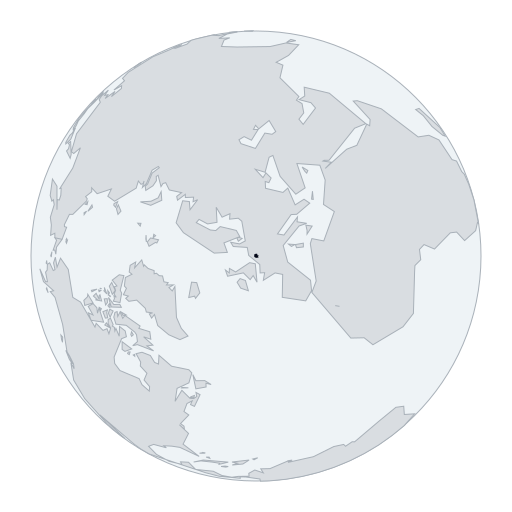 Antwerp highlighted on a globe, orthographic projection, rotated 273°
{"feature_id": "BEL-3480", "entity_name": "Antwerp", "entity_type": "Province", "adm_level": 1, "iso_a3": "BEL", "parent_name": "Belgium", "parent_adm1": "", "projection": "orthographic", "projection_center": [4.639, 51.244], "detail": "fine", "context": "on_globe", "style": "filled", "palette": "ink", "viewbox_px": 512, "rotation_deg": 273, "n_neighbors": 0, "source": "natural_earth", "source_scale": "10m", "svg_char_len": 11083}
<svg xmlns="http://www.w3.org/2000/svg" viewBox="0 0 512 512"><g transform="rotate(273 256 256)"><circle cx="256" cy="256" r="225" fill="#eef3f6" stroke="#a8b0b8"/><path d="M32.1,281.2L32.0,279.6L31.4,272.2L33.5,271.6L34.8,257.3L34.6,251.6L33.2,251.9L34.1,230.8L36.9,217.2L52.7,159.8L57.2,151.1L61.7,144.2L89.2,108.4L66.9,134.6L73.4,125.0L82.8,113.4L82.6,114.2L95.7,101.2L104.6,92.4L122.6,80.4L139.8,76.7L133.9,80.3L138.7,79.4L146.5,75.0L150.4,72.3L177.5,66.5L204.1,57.5L209.7,52.4L210.7,55.7L219.3,45.1L231.9,40.8L219.4,47.2L219.4,49.1L228.9,46.7L231.0,48.2L236.7,48.1L238.4,50.3L230.9,54.3L231.8,56.0L238.5,54.2L244.3,55.7L234.4,57.9L243.6,60.9L232.8,69.2L205.1,75.2L200.8,83.2L176.6,98.9L180.4,99.9L173.7,107.1L175.6,111.0L170.6,113.2L176.5,114.6L180.7,111.9L184.7,111.7L186.3,113.9L180.1,116.9L178.4,116.3L177.4,118.3L173.7,119.0L176.4,119.9L168.7,123.6L178.5,123.4L174.3,129.3L168.6,130.8L166.4,126.1L147.7,119.6L141.3,120.5L134.5,126.1L127.4,145.7L121.5,148.9L115.5,156.5L120.0,156.6L126.3,150.7L133.2,153.2L140.1,146.2L144.0,146.4L152.2,141.4L153.9,147.2L151.1,155.7L144.4,160.3L143.0,164.3L151.8,164.3L141.5,177.5L138.9,194.9L135.9,198.0L125.8,195.6L119.7,184.1L106.6,182.8L118.0,189.0L110.4,197.5L110.4,201.3L112.6,204.2L116.6,203.2L114.6,207.4L102.6,202.4L104.2,198.4L108.0,199.9L105.1,194.8L96.9,192.2L93.7,197.2L84.7,189.4L82.3,193.0L79.0,193.6L83.5,188.3L75.3,197.9L64.3,193.0L52.9,209.7L60.9,190.0L61.7,181.9L61.7,173.9L59.8,176.5L62.5,163.6L60.3,158.7L52.7,167.0L46.4,180.1L44.0,192.9L46.5,191.4L46.5,199.4L39.7,206.9L38.8,224.6L35.0,233.5L33.8,243.5L35.0,249.9L35.7,260.6L38.6,260.2L42.2,266.0L39.8,274.7L43.7,271.9L44.4,281.1L53.0,298.6L51.7,299.2L58.6,323.9L69.8,343.7L72.4,353.4L70.7,355.4L75.5,361.7L75.6,364.2L98.0,388.0L112.2,403.6L113.7,411.4L105.5,412.4L106.7,422.7L94.3,412.8L95.0,413.6L83.9,401.3L73.6,388.3L64.4,374.5L56.2,360.1L49.1,345.1L43.1,329.6L38.3,313.8L34.6,297.6L32.1,281.2ZM49.5,214.0L48.7,239.1L46.0,230.0L47.1,230.5L47.9,223.0L48.5,211.8L47.0,204.5L49.5,214.0ZM56.3,213.5L56.1,209.9L56.7,212.8L56.3,213.5ZM151.8,71.0L146.4,74.8L138.6,78.5L142.9,75.1L151.8,71.0ZM166.9,65.3L164.9,67.2L159.7,67.3L162.5,66.2L166.9,65.3ZM213.2,48.7L208.4,50.4L212.3,48.3L213.2,48.7ZM237.2,47.7L237.9,46.8L240.6,47.2L237.2,47.7ZM150.7,138.6L151.4,140.0L149.5,140.2L150.7,138.6ZM153.6,135.3L150.9,134.6L151.8,132.9L153.5,133.4L153.6,135.3ZM245.6,51.0L249.7,52.0L244.2,51.6L245.6,51.0ZM156.7,136.7L153.9,130.1L155.7,127.2L163.4,126.8L156.7,136.7ZM251.2,53.1L261.3,56.0L263.7,54.2L262.5,61.5L254.4,56.3L247.3,56.0L251.4,54.8L251.2,53.1ZM181.4,110.1L177.0,113.1L179.2,108.6L181.4,110.1ZM181.9,107.3L183.2,94.6L190.5,91.6L188.6,96.3L196.9,91.1L199.9,95.8L196.0,99.8L190.6,100.7L195.8,101.9L181.9,107.3ZM260.3,65.3L261.6,66.8L258.8,66.1L260.3,65.3ZM186.5,111.2L186.1,108.8L192.4,106.0L194.4,110.4L191.7,109.9L186.5,111.2ZM197.7,87.6L202.7,86.4L206.5,89.9L209.0,90.0L200.6,95.7L197.7,87.6ZM191.1,111.6L195.2,112.7L193.6,116.2L187.3,113.5L191.1,111.6ZM193.3,103.5L196.4,102.4L195.3,104.4L193.3,103.5ZM190.3,129.5L189.7,126.3L192.9,124.5L190.3,129.5ZM196.9,112.9L197.4,111.7L198.6,110.7L200.9,112.2L196.9,112.9ZM203.8,97.9L204.3,99.6L207.5,95.7L210.4,98.3L204.3,101.8L208.1,101.4L209.1,102.2L203.0,104.2L203.8,97.9ZM206.9,110.8L200.1,116.5L200.6,122.5L197.7,124.2L197.5,114.2L206.9,110.8ZM205.2,106.7L205.6,109.6L201.8,110.1L199.2,108.4L205.2,106.7ZM214.6,99.0L211.7,94.0L213.1,93.4L214.6,99.0ZM207.8,112.4L209.4,111.0L208.3,112.8L207.8,112.4ZM213.4,102.9L212.1,101.2L213.8,100.6L213.4,102.9ZM213.7,109.8L211.5,111.6L209.6,110.5L213.7,109.8ZM214.1,106.6L216.7,106.2L210.3,109.0L213.3,105.9L214.1,106.6ZM215.1,102.6L215.7,101.7L215.4,103.5L215.1,102.6ZM222.0,113.3L214.3,117.2L210.2,114.5L218.2,111.1L222.0,113.3ZM479.2,225.8L478.8,223.6L478.7,225.6L476.2,215.6L471.3,207.5L472.5,218.4L470.0,212.8L463.4,210.5L463.7,226.1L465.9,259.1L470.3,274.7L469.2,287.6L458.0,278.0L450.5,266.0L448.0,272.9L435.2,270.6L417.5,290.5L413.7,288.2L410.6,294.0L401.4,296.2L394.9,291.7L389.9,296.2L406.9,307.7L412.0,302.8L414.4,290.8L418.3,296.3L427.1,295.3L422.4,320.7L393.9,358.7L388.8,347.8L355.4,323.9L355.1,319.0L354.9,318.6L354.3,317.8L353.6,326.3L347.1,320.6L367.4,341.0L371.8,350.9L393.5,359.7L392.0,362.7L398.3,362.8L415.8,345.0L416.4,349.0L409.5,373.5L383.4,411.7L385.6,422.3L381.5,432.6L362.5,446.7L361.3,451.3L351.1,457.0L348.6,459.7L338.8,464.7L323.4,470.7L300.3,476.4L301.0,475.4L292.8,474.0L282.3,463.5L290.4,455.1L289.3,448.8L272.3,433.9L276.2,423.2L271.1,418.9L260.9,420.7L254.8,415.2L248.4,415.2L206.9,416.2L193.0,406.5L173.5,377.4L180.0,368.3L179.0,355.0L222.5,313.7L234.2,317.4L271.2,309.6L276.3,310.9L274.6,322.9L304.5,331.9L311.0,320.7L335.5,321.1L350.0,315.0L350.5,292.0L326.6,301.5L319.8,292.5L336.8,275.9L357.3,267.6L355.3,263.9L340.1,260.7L342.6,250.7L334.6,258.9L339.5,261.6L334.7,267.0L329.9,265.0L330.9,261.3L324.1,262.0L320.9,279.6L325.5,284.2L309.1,292.4L315.2,301.0L311.6,306.9L299.8,294.5L299.2,288.9L279.2,276.3L278.4,282.8L297.2,295.4L292.3,295.2L291.3,304.9L288.2,297.4L267.9,282.6L251.6,288.0L234.7,311.7L224.3,313.3L213.8,308.0L216.1,284.4L239.0,283.6L240.1,275.9L232.1,264.6L239.8,265.5L239.3,261.0L247.7,260.2L256.2,248.7L264.1,246.8L264.3,232.8L268.4,230.0L267.2,239.0L270.5,244.5L290.0,240.0L292.8,236.3L291.4,227.7L296.9,227.8L293.0,220.1L302.6,213.7L287.6,215.3L285.5,206.0L289.6,197.2L286.2,194.6L279.6,208.9L279.3,214.5L283.5,218.7L280.5,235.0L274.5,238.8L267.4,223.3L258.1,227.2L256.7,214.1L275.5,182.3L285.0,174.5L307.3,179.9L306.9,186.6L298.7,187.7L309.2,194.8L306.9,190.3L311.5,190.6L310.7,182.4L313.9,182.2L307.6,174.7L311.4,173.7L315.4,178.4L317.4,166.0L324.5,162.0L323.5,159.3L320.3,157.5L331.5,154.0L330.2,152.2L326.0,152.6L320.7,149.4L315.7,142.5L319.9,141.7L322.2,144.0L333.4,148.0L339.1,154.8L340.3,153.8L336.3,147.8L322.7,142.8L318.5,139.0L325.1,140.3L322.4,139.5L321.6,137.4L324.7,134.6L317.5,132.8L303.3,111.9L307.9,104.9L315.4,108.1L309.9,94.1L315.5,88.3L311.6,88.6L306.4,82.7L304.5,84.4L302.3,84.1L288.0,70.9L287.8,67.5L277.3,63.0L275.3,63.2L274.8,65.4L262.5,61.5L263.7,54.2L268.2,53.9L265.9,49.8L276.3,50.0L283.9,48.6L296.7,51.8L301.6,50.7L300.1,49.3L305.7,47.3L322.2,48.7L315.3,53.6L291.8,54.8L302.0,54.6L301.6,56.6L306.4,57.9L313.5,57.9L313.1,56.6L334.2,68.4L354.9,75.0L348.8,68.6L350.5,66.2L368.7,70.4L401.4,92.5L404.1,91.2L408.0,93.6L413.9,99.9L408.4,96.4L409.4,99.7L405.4,97.1L413.0,106.6L407.6,103.3L416.2,112.8L419.0,112.9L414.3,105.4L424.1,115.5L426.4,113.4L432.8,118.9L449.6,142.7L457.5,159.1L459.2,162.1L459.2,164.7L464.0,176.1L468.0,179.9L469.5,184.2L475.0,203.2L474.2,200.4L474.1,207.0L477.6,219.5L478.0,217.5L479.2,225.8ZM210.6,337.7L210.1,341.9L210.1,342.0L210.6,337.7ZM381.3,269.2L392.0,262.0L383.1,252.1L386.5,248.7L382.3,246.8L382.4,251.5L371.4,245.4L374.6,237.9L371.2,232.9L367.4,235.1L363.4,249.8L379.2,258.4L378.4,265.7L381.3,269.2ZM53.3,299.0L54.1,302.8L52.5,300.0L53.3,299.0ZM44.0,232.1L44.6,236.0L44.3,239.3L43.6,236.9L44.0,232.1ZM53.1,263.4L54.6,268.3L52.4,264.7L53.1,263.4ZM49.0,242.8L51.9,259.8L47.6,253.8L46.0,243.2L48.1,248.4L49.0,242.8ZM52.6,216.7L52.7,219.7L51.5,220.5L52.6,216.7ZM56.7,215.7L56.4,214.9L57.1,212.5L56.7,215.7ZM111.2,197.7L112.0,198.3L113.5,201.8L111.3,201.3L111.2,197.7ZM128.9,211.3L125.3,217.9L126.3,212.7L122.6,213.0L120.2,202.9L134.3,199.1L128.3,202.5L128.9,211.3ZM120.9,188.9L120.8,195.4L120.3,188.5L120.9,188.9ZM228.8,238.5L232.6,241.3L231.0,246.7L220.9,250.2L223.1,242.4L228.8,238.5ZM238.5,244.3L234.3,228.7L240.4,226.2L237.7,230.2L242.2,230.1L239.0,236.5L249.0,250.0L248.2,255.7L229.9,258.4L236.3,254.2L232.1,251.4L238.5,244.3ZM212.7,196.8L211.0,191.0L226.5,193.0L226.3,198.2L216.2,201.8L210.5,197.8L212.7,196.8ZM170.9,137.6L169.3,136.0L171.0,135.1L173.8,135.7L170.9,137.6ZM189.8,128.2L180.0,143.9L177.6,142.8L174.8,153.9L167.4,155.3L169.4,148.0L161.6,157.7L160.5,151.7L155.9,158.7L161.3,142.2L160.0,137.6L164.3,142.1L171.1,140.8L173.7,138.9L180.0,130.0L180.6,119.7L187.5,117.2L192.3,118.1L193.2,120.2L188.4,121.1L193.1,123.2L186.8,126.2L189.8,128.2ZM243.7,136.2L237.8,135.4L246.1,142.1L239.9,144.3L241.3,144.9L237.9,148.9L236.1,155.0L232.9,155.2L233.6,157.5L231.3,160.4L231.2,163.7L225.4,165.4L224.8,169.7L222.4,168.1L222.8,175.0L219.9,170.7L216.7,174.2L221.3,176.6L190.5,179.8L179.8,185.2L172.5,192.3L168.5,184.4L172.8,173.0L181.4,161.5L192.3,157.7L188.5,155.0L192.6,152.5L193.8,155.7L194.3,149.4L198.0,148.2L205.7,139.2L204.1,131.4L206.9,128.1L209.3,130.6L210.4,125.6L217.0,128.3L219.1,126.1L227.7,126.7L231.3,133.1L233.4,130.2L240.1,130.8L243.7,136.2ZM224.4,113.7L230.1,120.4L229.5,125.1L214.7,122.2L211.9,123.8L202.4,122.6L203.4,115.9L206.1,116.9L208.8,116.2L207.4,118.6L210.6,116.3L214.3,117.6L217.9,116.2L218.8,118.7L224.4,113.7ZM280.5,305.8L284.1,305.7L289.4,304.2L288.8,310.5L280.5,305.8ZM266.4,296.0L269.5,294.8L271.3,302.6L267.5,302.8L266.4,296.0ZM269.6,287.8L269.5,294.2L267.4,290.9L269.6,287.8ZM269.8,237.6L272.9,236.0L273.8,237.9L272.8,241.2L269.8,237.6ZM267.1,157.8L263.8,156.3L264.3,154.9L260.1,148.7L264.3,146.7L268.5,149.8L267.1,157.8ZM347.3,297.4L344.1,303.3L341.4,302.3L343.1,300.4L347.3,297.4ZM315.7,308.5L323.7,309.0L315.5,310.2L315.7,308.5ZM271.0,154.7L268.8,152.3L272.3,152.8L271.0,154.7ZM267.2,145.1L271.1,145.1L264.3,145.8L267.2,145.1ZM411.9,411.1L393.9,433.0L385.6,438.6L386.3,436.2L394.5,425.0L404.9,415.7L410.6,407.8L411.9,411.1ZM480.8,241.1L480.2,240.5L480.1,234.4L480.0,232.4L480.8,241.1ZM470.9,275.3L474.1,279.4L473.1,284.5L470.9,275.3ZM461.5,165.8L463.3,170.9L462.2,169.2L459.2,161.7L461.5,165.8ZM437.7,124.0L441.8,129.0L443.6,131.5L442.4,130.4L437.7,124.0ZM304.0,137.7L305.2,148.3L308.9,155.2L315.3,157.9L306.7,159.0L301.1,148.2L304.0,137.7ZM303.0,115.0L297.3,113.2L299.3,111.3L300.9,111.5L303.0,115.0ZM299.9,115.8L293.7,118.8L290.3,116.0L295.8,114.2L299.9,115.8ZM282.6,136.2L282.6,139.4L279.8,138.8L282.6,136.2ZM404.6,88.0L402.5,86.8L398.8,83.4L401.3,85.1L404.6,88.0ZM384.9,72.2L397.1,82.1L406.6,90.9L405.9,89.6L412.1,94.7L410.7,94.8L400.7,86.2L394.3,80.2L389.0,76.9L381.6,71.5L376.5,69.5L371.9,66.8L374.5,66.9L384.9,72.2ZM374.5,69.0L362.9,64.9L358.0,60.2L359.5,60.1L366.8,63.8L369.0,66.0L374.5,69.0ZM358.7,62.6L360.6,64.9L347.7,66.1L343.8,65.3L351.0,61.3L353.3,63.2L357.3,63.9L358.7,62.6ZM263.5,66.0L261.8,66.7L262.0,65.3L263.5,66.0ZM301.4,85.2L298.4,84.6L298.7,82.7L301.4,85.2ZM290.2,82.0L291.9,84.5L288.3,82.2L290.2,82.0ZM296.1,90.2L291.8,85.7L298.4,89.5L296.1,90.2Z" fill="#d9dde1" stroke="#a8b0b8" stroke-width="1"/><path d="M256.3,255.0L256.5,255.1L256.4,255.2L256.4,255.3L256.5,255.4L256.8,255.3L256.9,255.2L257.0,255.1L257.1,255.3L257.1,255.5L257.3,255.7L257.4,255.8L257.5,255.9L257.4,256.0L257.5,256.2L257.5,256.4L257.4,256.4L257.3,256.5L257.2,256.5L256.9,256.7L256.8,256.8L256.7,256.8L256.4,256.9L256.2,256.9L256.1,257.0L256.2,256.9L255.9,256.9L255.9,257.0L255.8,256.9L255.7,257.0L255.6,256.9L255.6,257.0L255.5,256.9L255.4,257.0L255.4,256.9L255.2,256.8L254.9,256.8L254.9,256.7L255.0,256.5L255.2,256.4L255.2,256.2L255.1,255.9L255.1,255.7L255.3,255.6L255.5,255.5L255.4,255.5L255.4,255.4L255.4,255.2L255.5,255.1L255.7,255.3L255.8,255.3L256.0,255.3L256.2,255.1L256.3,255.0Z" fill="#0f172a" stroke="#020617" stroke-width="1.5"/></g></svg>